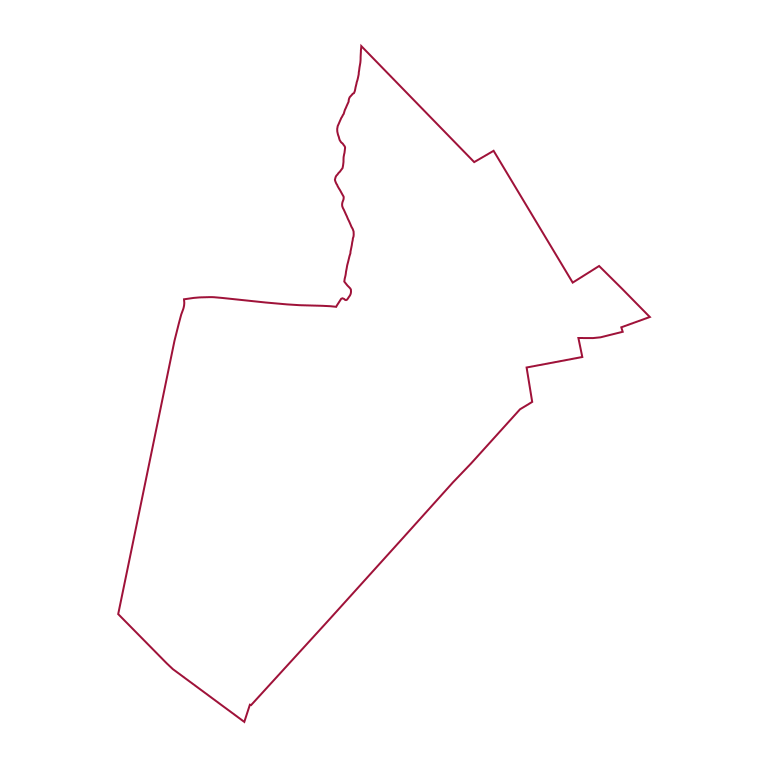 Morón, Buenos Aires, Argentina
{"feature_id": "61730980B30318397352263", "entity_name": "Morón", "entity_type": "district", "adm_level": 2, "iso_a3": "ARG", "parent_name": "Argentina", "parent_adm1": "Buenos Aires", "projection": "albers", "projection_center": [-58.618, -34.646], "detail": "fine", "context": "isolated", "style": "outline", "palette": "rose", "viewbox_px": 768, "rotation_deg": 0, "n_neighbors": 0, "source": "geoboundaries", "source_scale": "gbopen_adm2", "svg_char_len": 2391}
<svg xmlns="http://www.w3.org/2000/svg" viewBox="0 0 768 768"><path d="M649.8,317.0L638.1,305.1L622.1,288.8L599.1,266.0L572.7,282.6L493.6,150.8L474.2,162.1L361.3,46.1L361.2,47.9L360.9,50.3L360.9,51.6L360.7,55.2L360.6,57.3L360.6,59.0L360.5,60.9L360.3,62.9L359.5,67.5L359.3,69.1L359.1,70.7L358.8,72.3L358.7,74.3L358.0,77.7L357.4,80.2L356.7,82.3L356.5,83.5L355.9,86.0L355.6,87.1L355.3,88.8L354.9,90.7L354.5,91.9L353.9,93.2L352.7,93.8L352.0,94.7L349.7,97.2L349.0,98.9L348.7,100.3L348.6,101.7L347.6,103.9L346.6,106.1L346.0,107.6L344.9,109.9L344.4,111.5L343.7,113.9L342.8,115.2L342.1,116.7L341.3,117.9L340.7,119.3L339.9,121.1L338.7,123.9L337.7,126.1L337.5,127.3L337.2,128.9L337.3,131.6L338.0,134.7L338.8,136.9L339.2,138.5L339.7,140.1L341.1,142.3L342.7,143.6L343.6,144.9L344.8,146.5L345.1,147.7L344.8,150.2L344.5,152.8L344.1,154.4L343.6,157.2L343.5,159.9L343.5,161.9L343.1,165.2L342.8,166.9L342.5,168.2L341.1,170.0L339.9,171.7L338.6,172.9L337.4,174.6L336.4,175.6L335.6,177.1L334.9,179.8L335.3,181.2L335.8,182.5L336.4,183.8L337.1,184.8L337.5,185.9L338.9,188.4L339.8,189.8L340.7,191.4L341.4,192.7L342.5,194.7L343.6,196.6L343.7,197.8L343.5,199.4L343.1,200.5L342.5,202.1L342.2,203.4L342.1,204.6L342.2,206.0L342.8,207.8L344.0,210.1L345.7,213.9L346.3,215.2L346.8,216.2L347.9,218.9L349.1,221.3L350.5,224.5L351.4,226.7L352.1,227.9L352.8,229.2L353.6,231.6L353.7,234.8L353.5,236.6L352.9,238.3L352.7,240.2L352.2,242.4L351.8,245.2L351.3,247.7L350.5,251.6L350.4,253.3L349.5,256.1L348.1,261.9L347.2,265.3L346.6,268.8L346.0,271.8L345.8,273.6L345.6,274.9L345.3,276.3L345.0,277.5L344.7,278.7L344.5,280.1L344.3,281.6L345.8,283.5L347.4,285.5L349.0,287.1L350.3,288.5L350.9,289.6L351.0,291.5L350.9,292.8L350.6,294.0L350.0,295.4L348.8,297.1L348.1,298.2L347.1,299.6L346.0,300.1L345.0,299.8L344.2,299.0L342.5,298.3L341.2,298.8L336.8,305.6L336.2,306.8L330.2,306.2L322.0,305.8L299.9,305.2L287.1,304.4L265.6,302.5L221.8,297.9L213.8,297.2L210.5,297.1L207.1,297.2L199.7,297.4L193.8,297.9L184.0,299.3L184.3,302.9L184.1,305.4L183.7,307.4L183.3,308.9L181.2,314.6L178.8,323.6L174.5,340.7L131.1,551.6L118.2,614.1L165.0,661.6L167.0,663.6L172.8,669.1L244.3,721.9L249.9,704.7L251.1,705.1L328.1,620.8L401.2,539.9L437.8,499.2L453.0,482.3L471.3,463.2L520.0,409.3L532.2,401.9L526.6,367.5L582.3,357.0L578.4,338.0L592.8,338.1L600.6,337.3L610.2,334.9L622.7,331.8L621.3,327.3L649.8,317.0Z" fill="none" stroke="#9f1239" stroke-width="2"/></svg>